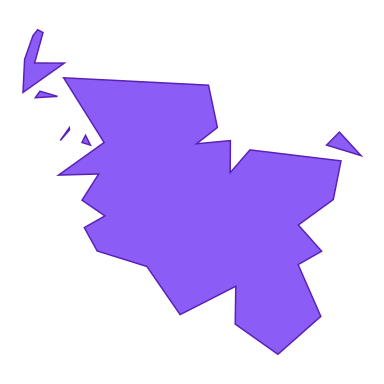 map outline of Schleswig-Holstein (Mercator projection)
{"feature_id": "DEU-1579", "entity_name": "Schleswig-Holstein", "entity_type": "State", "adm_level": 1, "iso_a3": "DEU", "parent_name": "Germany", "parent_adm1": "", "projection": "mercator", "projection_center": [9.834, 54.215], "detail": "coarse", "context": "isolated", "style": "filled", "palette": "violet", "viewbox_px": 384, "rotation_deg": 0, "n_neighbors": 0, "source": "natural_earth", "source_scale": "10m", "svg_char_len": 695}
<svg xmlns="http://www.w3.org/2000/svg" viewBox="0 0 384 384"><path d="M63.6,77.8L208.5,85.2L217.4,127.5L196.5,143.8L230.4,140.6L230.2,172.7L249.9,149.9L341.0,160.9L333.3,199.5L298.3,225.0L321.6,251.2L298.1,264.6L320.8,316.4L277.9,354.3L235.2,324.1L235.8,286.2L180.1,314.6L146.9,266.5L97.2,251.0L84.3,227.6L104.9,215.9L82.0,200.2L98.7,174.0L58.5,175.1L104.1,142.5L63.6,77.8ZM339.4,132.1L361.0,155.6L326.6,145.1L339.4,132.1ZM43.0,32.6L34.6,63.0L64.3,63.1L23.0,92.4L24.6,59.4L33.0,35.6L37.7,29.7L43.0,32.6ZM40.0,91.2L57.5,96.4L35.3,97.7L40.0,91.2ZM85.5,135.3L90.4,145.1L82.0,142.5L85.5,135.3ZM60.3,140.5L69.3,127.8L69.5,129.9L60.3,140.5Z" fill="#8b5cf6" stroke="#5b21b6" stroke-width="1.5"/></svg>